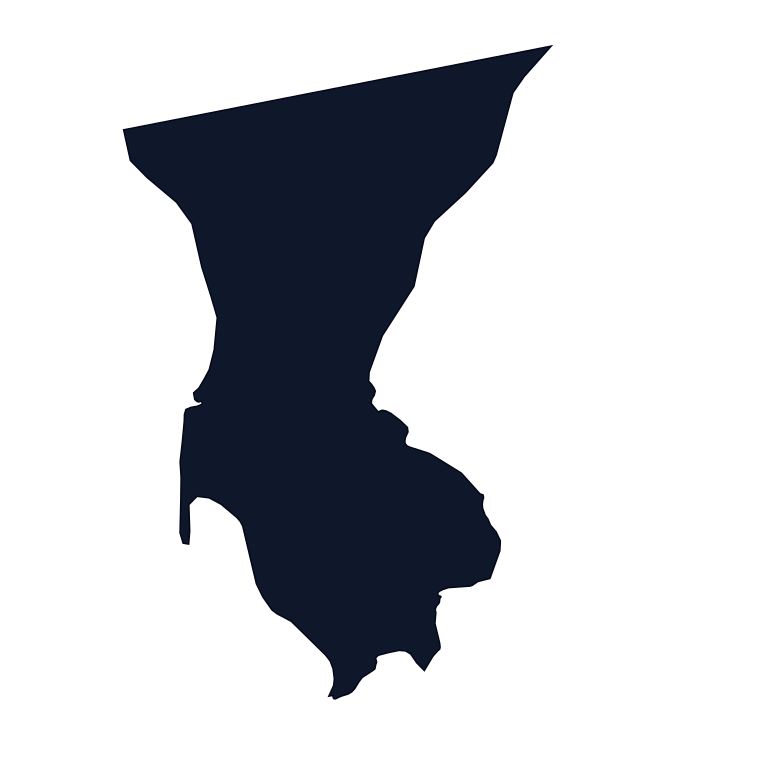 outline of Colón, rotated 259°
{"feature_id": "HND-638", "entity_name": "Colón", "entity_type": "Department", "adm_level": 1, "iso_a3": "HND", "parent_name": "Honduras", "parent_adm1": "", "projection": "robinson", "projection_center": [-85.998, 15.551], "detail": "fine", "context": "isolated", "style": "filled", "palette": "ink", "viewbox_px": 768, "rotation_deg": 259, "n_neighbors": 0, "source": "natural_earth", "source_scale": "10m", "svg_char_len": 1992}
<svg xmlns="http://www.w3.org/2000/svg" viewBox="0 0 768 768"><g transform="rotate(259 384 384)"><path d="M88.1,270.3L97.7,277.1L104.1,279.0L114.2,279.7L122.4,278.3L129.3,274.8L168.7,247.7L178.9,235.1L183.6,230.9L197.9,224.5L212.3,220.6L271.5,218.2L276.7,216.6L280.9,214.2L297.0,201.2L305.7,190.5L309.4,179.0L302.8,169.4L276.6,165.2L264.1,161.7L266.1,156.4L276.9,155.4L308.8,162.4L331.0,167.0L346.5,169.0L366.0,175.1L385.5,180.8L392.2,182.3L396.8,184.7L397.9,190.1L397.8,196.5L398.9,201.7L402.0,201.7L401.7,198.6L402.6,197.0L403.8,196.2L404.8,195.3L411.6,195.4L415.3,201.5L422.7,208.1L431.4,215.2L449.8,223.8L481.0,233.0L502.6,231.0L533.4,227.5L578.0,226.1L602.0,215.0L632.0,190.8L651.8,177.7L683.2,176.9L683.8,612.6L659.0,580.2L645.3,566.1L587.3,537.7L580.4,533.0L556.4,500.4L534.3,464.5L519.6,451.3L474.3,432.1L431.8,391.6L398.4,371.6L389.7,369.5L386.2,371.6L382.1,373.4L378.7,374.1L374.7,372.2L371.9,369.5L369.1,368.2L367.0,367.9L357.8,372.9L358.6,377.3L357.2,380.7L353.9,385.1L345.0,393.0L336.9,398.7L332.4,398.4L327.5,394.9L324.7,393.8L321.9,393.3L319.1,394.6L317.1,397.2L307.0,415.6L281.8,442.9L257.9,457.2L256.2,460.1L253.5,460.1L250.5,458.6L247.1,457.5L243.1,457.1L235.6,458.3L232.0,460.1L225.1,461.6L217.3,465.9L207.8,468.3L198.2,465.9L172.9,450.9L172.2,438.5L169.5,432.2L169.2,429.8L171.8,408.5L171.0,402.2L169.8,398.3L168.6,397.0L166.8,396.7L165.7,397.4L165.1,398.6L164.6,399.3L164.0,399.2L163.5,398.6L162.6,397.9L161.6,397.4L160.2,397.1L159.0,396.6L157.9,395.7L156.5,393.8L155.3,392.7L154.2,392.0L153.1,391.4L152.1,391.2L149.7,391.3L139.3,388.3L119.4,389.2L115.1,388.9L113.0,388.0L112.1,386.2L107.3,379.9L95.0,368.9L104.1,362.9L113.8,358.7L117.8,354.3L119.6,348.2L119.5,337.6L118.8,326.5L117.8,325.0L116.3,323.3L113.7,323.7L112.2,323.6L110.0,322.3L106.1,320.7L104.8,318.2L100.1,306.6L96.4,302.5L90.4,297.0L87.9,293.5L86.5,289.6L85.8,283.0L85.2,280.1L84.5,277.6L84.2,275.9L84.6,274.8L85.2,274.4L88.1,274.2L88.1,270.3Z" fill="#0f172a" stroke="#020617" stroke-width="1.5"/></g></svg>